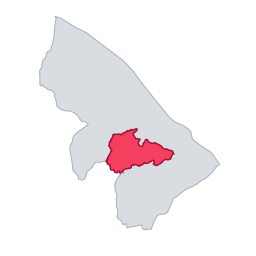 where Bong sits in Liberia, rotated 189°
{"feature_id": "LBR-784", "entity_name": "Bong", "entity_type": "County", "adm_level": 1, "iso_a3": "LBR", "parent_name": "Liberia", "parent_adm1": "", "projection": "mercator", "projection_center": [-9.669, 6.93], "detail": "fine", "context": "in_parent", "style": "filled", "palette": "rose", "viewbox_px": 256, "rotation_deg": 189, "n_neighbors": 0, "source": "natural_earth", "source_scale": "10m", "svg_char_len": 5724}
<svg xmlns="http://www.w3.org/2000/svg" viewBox="0 0 256 256"><g transform="rotate(189 128 128)"><path d="M31.7,106.4L34.2,104.3L37.8,97.5L42.9,91.0L47.7,87.1L51.5,83.1L55.5,80.1L61.2,76.5L70.0,67.2L72.0,66.1L73.4,59.6L75.6,51.3L78.2,48.8L84.1,47.2L85.5,45.8L87.6,40.0L89.0,33.2L89.1,31.7L91.5,31.5L95.5,30.1L97.8,30.7L98.8,32.7L99.4,34.3L111.5,30.1L112.6,29.2L113.3,29.4L114.8,33.2L115.7,32.9L116.4,31.8L117.2,31.7L118.2,32.2L119.1,34.0L120.7,35.6L123.3,36.7L125.0,38.3L124.8,42.4L125.4,46.3L126.6,47.3L127.2,49.6L127.5,52.2L128.1,53.6L128.6,56.2L128.3,59.0L128.8,61.0L130.8,64.4L132.0,68.7L132.0,71.7L131.3,74.9L130.0,77.9L127.7,81.1L127.5,82.3L128.9,83.1L130.9,83.3L132.6,82.7L136.9,84.1L139.2,86.2L141.2,88.8L143.0,90.1L143.8,91.8L146.8,91.3L150.4,89.7L151.1,89.0L152.2,89.4L154.4,89.6L156.0,86.7L157.3,83.5L160.1,79.9L161.5,78.5L161.8,76.3L162.0,73.4L163.0,70.8L165.2,69.4L167.7,69.5L169.0,70.0L169.7,72.4L171.7,74.3L173.4,75.6L174.3,76.1L175.7,77.6L177.0,82.5L182.3,98.5L182.0,102.9L180.9,105.8L180.9,108.6L180.6,111.3L177.3,115.9L167.9,125.2L168.6,126.0L170.9,127.1L173.2,127.6L175.1,127.4L177.4,129.7L180.0,132.6L182.7,134.1L186.6,135.5L190.0,135.6L192.9,135.1L197.0,135.7L201.4,138.1L202.9,142.1L204.0,145.6L205.5,147.3L205.7,150.3L208.8,153.0L213.2,153.5L219.0,156.6L220.4,156.5L221.0,156.1L221.7,156.7L223.2,165.6L224.3,170.3L223.7,172.3L222.9,173.8L222.9,181.0L220.3,185.1L219.9,189.7L219.1,191.2L216.4,192.5L216.4,196.0L215.6,200.2L215.3,204.7L216.1,216.4L216.2,225.1L217.5,226.8L212.1,226.1L196.2,219.4L184.0,215.6L143.1,193.7L131.7,184.9L118.6,171.9L89.4,145.5L82.8,141.3L74.4,139.2L69.2,137.0L65.6,134.5L62.6,127.2L55.3,122.9L41.8,116.7L31.7,106.4Z" fill="#d9dde1" stroke="#a8b0b8" stroke-width="1"/><path d="M126.4,84.3L126.5,84.4L126.8,84.2L128.2,82.8L128.7,82.1L129.6,83.7L130.2,84.1L130.9,83.1L131.2,83.0L131.4,82.8L131.5,82.3L131.7,82.2L132.1,82.1L132.9,82.1L133.6,82.1L133.9,82.3L134.3,82.5L134.6,82.9L134.9,83.9L135.2,84.2L136.0,84.3L137.6,83.9L138.3,84.0L139.0,84.9L139.6,87.9L140.8,89.0L141.0,89.0L142.1,89.0L142.4,89.2L142.4,90.0L142.7,90.3L143.7,90.7L143.8,91.4L143.4,93.0L143.9,92.5L144.3,92.4L144.1,92.8L142.6,98.0L141.8,99.1L141.7,99.8L141.6,100.3L141.4,100.9L141.4,101.3L141.4,102.0L141.2,102.1L140.5,102.9L140.5,103.1L140.8,103.5L141.0,103.8L141.2,104.0L141.6,104.2L141.8,104.4L141.9,104.6L142.0,105.0L142.3,105.4L142.5,105.6L142.6,106.1L142.7,106.3L142.9,106.4L143.1,106.4L143.3,106.5L143.5,106.6L143.7,107.0L144.1,107.4L144.1,107.7L143.9,109.1L143.8,109.6L143.9,110.0L144.1,111.0L144.1,111.4L143.9,111.6L143.6,111.9L143.4,112.0L143.2,112.2L143.0,112.4L142.9,112.6L142.9,112.9L143.1,113.0L143.2,113.3L143.2,113.6L143.1,113.8L142.8,114.1L142.7,114.3L142.6,114.6L142.5,114.8L142.2,115.2L142.2,115.5L142.2,115.8L142.1,116.5L141.9,116.7L141.8,117.0L141.4,117.4L141.4,117.7L141.8,118.2L141.8,118.6L141.5,119.3L141.3,119.5L141.1,119.6L140.6,119.6L140.1,119.7L139.3,119.7L134.9,120.8L134.3,120.7L134.1,120.3L133.8,120.1L133.6,120.2L133.5,120.4L133.2,120.7L132.5,121.2L132.2,121.4L132.1,121.7L132.1,121.9L132.0,122.2L131.8,122.4L131.4,122.7L131.1,122.8L130.7,122.8L129.6,123.7L128.9,124.2L128.6,124.6L128.3,125.2L128.1,125.2L127.8,125.1L127.4,125.1L127.2,125.1L126.9,125.3L126.7,125.5L126.2,125.5L125.9,125.5L125.7,125.8L125.6,126.0L125.3,126.5L125.1,126.8L124.9,126.9L124.7,127.0L124.2,126.9L123.6,127.0L123.4,127.0L122.8,126.8L122.5,126.7L122.2,126.8L121.4,127.6L120.1,128.3L119.5,128.5L119.2,128.5L119.0,128.3L118.9,128.2L118.8,127.8L118.8,127.6L118.9,127.3L118.9,127.1L119.4,126.3L120.6,124.8L121.2,124.2L121.8,123.5L121.9,123.3L122.0,123.2L122.0,122.8L122.0,122.6L121.9,122.4L121.7,122.1L121.5,121.8L120.4,120.8L119.2,119.3L118.9,119.1L118.7,118.9L118.2,118.7L117.9,118.7L117.7,118.7L115.2,119.0L114.9,118.9L114.7,118.8L114.6,118.7L114.3,118.4L115.3,116.3L115.5,115.6L115.5,115.3L115.5,115.0L115.4,114.5L115.3,114.2L115.2,114.0L115.1,113.7L114.9,113.5L114.6,113.2L114.0,112.7L113.2,112.2L112.8,112.0L112.4,111.9L112.0,111.8L111.8,111.8L111.6,111.8L111.4,111.9L111.3,112.0L110.9,112.3L110.7,112.7L110.6,112.9L110.5,113.1L110.5,113.3L110.4,113.5L110.4,113.9L110.6,115.0L110.5,115.4L110.4,115.6L109.7,116.2L109.6,116.4L109.4,116.7L109.2,117.1L109.2,117.5L109.1,118.2L109.0,118.7L108.9,118.9L108.7,119.1L108.5,119.3L107.9,119.5L107.6,119.6L107.4,119.6L107.2,119.5L107.0,119.4L106.7,119.0L105.9,117.9L105.7,117.7L105.4,117.5L105.2,117.4L104.2,117.0L102.2,116.6L101.7,116.5L101.0,116.8L100.0,117.3L99.3,117.5L99.0,117.6L98.6,117.5L92.8,115.6L92.4,115.4L92.0,115.1L91.6,114.8L90.8,114.0L90.6,113.8L90.3,113.6L89.6,113.2L89.2,113.1L88.9,113.0L88.2,113.1L87.2,113.2L85.7,113.2L84.9,112.6L84.4,112.4L84.2,112.4L83.8,112.5L83.3,112.5L81.3,112.4L80.8,112.2L80.3,111.9L80.1,111.5L78.7,109.7L79.4,109.4L79.7,109.1L80.4,107.8L80.8,106.3L80.9,105.5L81.0,104.4L81.1,104.1L81.4,103.9L81.9,103.6L83.4,102.9L83.8,102.8L84.0,102.8L85.2,103.0L85.5,103.0L85.9,102.9L86.2,102.8L86.6,102.5L88.1,101.0L88.8,100.0L89.3,99.1L89.5,98.8L92.6,96.3L93.0,95.8L93.1,95.7L93.6,95.5L94.8,95.5L96.5,95.9L97.1,96.2L97.2,96.3L97.2,96.5L97.2,96.8L96.8,97.1L96.7,97.3L96.7,97.5L96.8,97.6L96.9,97.8L97.0,97.9L97.1,98.4L97.2,98.6L97.3,99.1L97.3,99.3L97.2,99.4L97.1,99.5L97.3,99.7L97.9,100.0L98.6,99.9L99.4,99.3L100.9,97.8L102.6,96.6L103.6,96.2L104.7,95.9L105.0,95.8L105.3,95.8L105.6,95.9L105.8,96.0L106.1,96.1L106.3,95.9L106.6,95.6L106.8,95.5L107.1,95.3L108.0,94.2L108.7,93.6L110.5,92.6L111.1,92.0L112.5,92.6L113.2,92.8L114.9,93.0L115.2,93.0L115.7,92.9L116.0,92.7L116.8,92.2L117.3,92.0L117.3,92.3L117.9,91.9L118.5,91.3L118.8,90.5L118.6,90.0L118.8,89.4L119.2,88.9L119.7,88.5L121.0,88.3L121.9,87.8L122.9,87.6L123.7,87.3L125.5,86.1L126.6,84.8L126.5,84.7L126.4,84.3L126.4,84.3Z" fill="#f43f5e" stroke="#9f1239" stroke-width="1.5"/></g></svg>